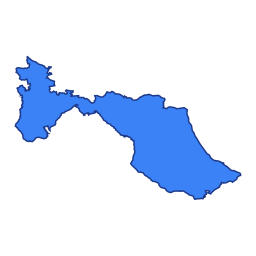 Vanatori, Mures, Romania
{"feature_id": "2599482B98796527155526", "entity_name": "Vanatori", "entity_type": "district", "adm_level": 2, "iso_a3": "ROU", "parent_name": "Romania", "parent_adm1": "Mures", "projection": "natural_earth1", "projection_center": [25.005, 46.213], "detail": "fine", "context": "isolated", "style": "filled", "palette": "blue", "viewbox_px": 256, "rotation_deg": 0, "n_neighbors": 0, "source": "geoboundaries", "source_scale": "gbopen_adm2", "svg_char_len": 5687}
<svg xmlns="http://www.w3.org/2000/svg" viewBox="0 0 256 256"><path d="M240.6,175.4L240.4,173.6L239.5,173.0L235.0,171.2L234.3,170.6L232.2,170.6L231.0,170.2L226.8,166.4L223.9,164.8L223.5,162.9L222.9,163.0L222.6,163.4L222.2,162.8L221.2,162.6L221.0,162.1L218.6,161.1L214.4,160.5L212.8,159.6L210.4,157.5L209.7,155.7L208.7,154.5L207.9,154.3L206.8,153.4L200.2,144.3L196.4,137.9L195.1,136.1L193.9,132.9L192.4,130.9L191.8,128.0L191.6,125.9L190.8,124.5L189.0,122.4L188.6,120.5L188.7,118.5L187.0,114.4L186.9,112.9L187.3,109.8L185.4,108.6L185.0,108.1L183.9,107.7L177.3,108.8L173.8,107.5L170.1,106.9L168.3,107.2L166.9,108.6L163.2,107.9L163.0,107.6L163.7,107.3L163.8,106.1L163.4,104.9L163.7,103.6L163.2,102.7L163.2,102.1L164.0,101.6L165.0,99.5L164.2,98.3L163.5,98.4L161.2,97.5L160.5,96.6L158.5,95.4L152.5,95.8L149.5,94.5L148.4,94.4L147.4,94.9L144.7,95.0L142.8,95.8L142.1,96.5L140.1,97.2L137.5,99.5L135.5,100.1L133.0,100.2L132.5,99.9L131.8,98.6L131.4,98.3L129.3,97.8L126.8,98.1L126.4,96.9L125.0,96.9L124.6,96.1L124.3,96.6L123.5,96.7L123.5,97.1L122.9,96.3L120.1,94.5L118.6,94.0L115.4,93.9L114.0,92.5L112.5,91.6L111.8,91.5L111.4,92.1L109.6,92.7L107.0,91.9L105.0,95.2L102.7,97.0L101.1,97.1L97.0,95.6L94.8,95.7L95.6,97.7L95.7,99.4L95.4,100.0L94.4,100.6L94.6,101.6L94.3,102.3L91.9,103.2L89.9,101.5L89.0,100.2L86.6,98.5L85.1,99.1L83.8,97.6L78.4,97.4L78.6,95.7L71.0,96.2L71.2,95.4L71.5,95.6L72.2,94.8L70.3,93.4L70.8,92.9L72.5,92.7L73.0,92.0L73.1,90.9L70.2,90.9L66.4,90.0L65.6,90.8L66.8,91.9L67.3,93.4L67.0,93.8L65.7,94.1L64.9,93.8L64.7,93.2L64.3,93.0L62.2,93.1L59.4,92.7L58.7,94.0L59.1,94.5L58.2,95.3L57.8,94.7L56.8,94.4L56.7,92.9L56.3,91.8L55.3,92.1L53.6,91.2L52.6,92.1L50.5,92.5L49.3,90.2L49.3,89.7L50.1,89.1L49.3,86.6L54.7,85.7L54.5,84.7L54.1,84.7L54.4,81.3L50.5,80.0L49.1,79.2L48.2,78.0L46.5,77.9L47.5,76.0L48.5,75.1L51.6,74.2L51.3,73.2L49.7,72.7L49.1,73.8L47.1,73.3L48.7,69.5L50.1,67.9L50.9,67.6L51.1,67.0L48.9,66.8L47.5,68.8L45.6,67.9L44.2,66.2L44.1,66.4L42.4,65.2L38.4,64.1L36.3,62.2L32.8,61.0L31.1,59.9L27.4,56.7L27.1,57.0L27.5,57.9L27.6,58.9L26.8,59.9L27.9,63.8L29.2,63.6L29.7,64.4L29.3,65.3L29.1,67.1L26.6,68.4L25.3,68.1L23.2,68.5L17.7,67.7L16.6,68.3L16.1,69.0L16.8,70.9L16.1,72.2L18.2,73.6L18.4,74.3L19.9,76.0L20.1,77.2L19.5,78.6L21.4,80.0L22.1,79.8L24.7,80.0L26.9,79.0L28.1,84.1L30.2,83.6L30.5,85.5L29.0,86.6L28.4,87.6L28.7,88.8L30.0,88.3L30.0,89.2L28.6,90.5L27.9,90.5L27.1,90.0L25.8,91.1L24.9,90.6L25.6,89.4L25.4,88.8L24.9,88.0L23.1,86.9L22.3,85.4L20.2,85.8L19.1,87.6L17.8,87.8L17.1,88.2L17.7,89.3L18.1,91.5L20.6,94.7L20.5,95.4L20.9,95.1L22.3,95.4L22.3,96.6L21.7,97.3L22.5,97.7L22.1,98.1L22.2,98.5L21.9,100.1L22.2,100.8L22.7,100.7L23.0,101.2L22.5,102.3L22.8,103.1L22.2,104.1L22.5,104.2L21.7,105.4L21.8,106.2L22.4,106.5L22.0,107.0L22.3,107.1L22.3,107.7L20.8,108.6L19.8,109.8L20.4,111.1L20.2,111.5L20.5,115.1L20.0,116.4L20.4,117.1L19.9,117.8L19.8,118.7L18.8,120.0L17.9,122.1L17.1,122.6L16.8,123.3L16.1,123.7L15.6,124.8L15.6,125.9L15.4,126.2L16.2,126.7L16.7,127.6L17.6,127.9L18.4,129.6L21.3,132.1L21.7,133.2L22.6,134.3L23.4,138.8L24.6,139.2L25.6,140.2L27.1,141.2L29.1,141.5L29.9,141.0L32.1,141.7L34.4,139.9L35.9,137.8L38.0,137.3L39.5,137.4L43.8,138.7L46.2,138.0L47.1,136.8L47.0,136.2L47.6,136.2L47.7,135.2L47.3,134.1L47.7,133.8L47.4,133.5L48.2,133.4L47.6,133.1L47.1,132.2L46.5,131.7L46.6,131.4L46.0,131.2L45.9,130.4L45.3,130.1L45.4,129.8L44.7,129.5L44.7,128.7L44.2,128.5L44.1,127.3L43.7,127.3L43.8,127.0L46.6,126.4L47.9,125.8L48.2,127.4L49.2,129.9L50.0,130.6L49.7,128.5L51.4,126.4L52.6,126.1L55.2,124.8L55.7,123.5L55.5,123.0L55.8,120.8L56.9,120.0L58.1,118.6L59.5,117.6L60.4,115.8L61.2,115.2L61.2,113.5L64.4,112.6L64.3,112.3L65.3,111.6L70.4,109.4L74.4,105.6L76.9,104.4L77.6,104.9L76.2,105.5L75.2,105.5L75.0,106.1L76.8,107.2L77.9,107.3L78.6,108.5L79.1,108.7L79.5,110.8L81.8,112.8L82.9,113.4L83.5,114.2L83.6,115.0L83.9,115.4L84.7,115.2L84.7,114.4L85.2,113.7L87.2,113.2L87.9,112.8L88.5,112.9L88.2,114.1L88.7,115.0L90.3,113.8L92.7,113.5L93.1,113.0L94.4,113.2L95.6,112.4L94.5,111.3L95.9,110.8L96.1,111.5L96.8,111.4L97.5,112.0L98.0,113.3L98.8,113.4L100.2,114.5L100.1,115.2L102.0,117.1L102.3,118.0L103.3,119.1L103.5,120.0L106.8,121.9L106.8,122.8L107.3,123.3L110.1,124.2L110.7,124.7L111.0,125.5L113.9,127.0L113.7,127.5L114.0,127.9L115.5,128.7L115.6,130.0L116.9,130.7L117.8,131.9L119.5,133.2L120.3,134.2L120.4,134.7L121.4,135.3L123.3,135.4L124.0,136.5L124.2,135.7L124.6,135.7L124.3,136.0L124.4,136.3L125.7,136.6L127.1,135.9L127.3,136.3L128.5,136.6L128.5,137.0L129.5,137.1L130.6,137.9L131.5,138.8L131.1,139.4L131.4,139.6L132.0,139.3L132.7,140.6L133.7,140.6L134.1,143.0L133.8,144.5L134.6,147.1L134.1,148.8L134.9,151.2L134.9,151.9L134.3,153.8L133.2,156.4L132.8,160.3L132.2,160.9L130.7,163.6L131.6,164.9L136.7,169.8L138.3,172.0L141.8,172.4L143.2,172.9L145.1,175.5L147.0,176.3L148.2,177.5L150.1,178.5L151.2,180.2L152.8,181.3L154.7,181.5L158.2,183.0L158.7,183.5L159.3,185.7L161.2,187.5L164.8,188.4L165.7,189.2L166.0,190.0L167.2,191.2L168.0,191.7L170.1,192.5L171.5,192.3L174.1,191.1L178.4,191.0L179.4,191.2L183.6,191.0L185.9,192.7L188.0,193.8L188.8,194.7L193.0,196.0L193.5,196.5L193.8,197.9L194.9,199.3L197.6,198.7L200.0,198.7L201.1,198.4L203.0,198.7L203.6,197.0L204.6,197.2L205.1,196.8L205.2,196.3L204.9,196.0L204.2,195.7L204.5,194.9L206.2,194.4L206.8,193.1L206.9,192.8L206.3,192.6L205.6,191.8L205.5,190.9L207.2,190.7L209.5,191.1L209.0,192.3L208.3,193.0L210.8,193.8L211.7,192.4L214.8,189.7L219.3,187.2L219.5,186.9L219.3,186.6L220.0,185.7L220.0,185.4L220.6,184.3L220.9,184.3L220.9,183.9L221.4,183.7L221.3,183.2L221.6,183.1L221.8,182.4L223.6,183.1L226.6,182.6L228.7,181.4L230.2,181.1L231.8,181.5L232.4,182.2L236.6,179.3L237.5,177.0L239.6,175.6L240.6,175.4Z" fill="#3b82f6" stroke="#1e3a8a" stroke-width="1.5"/></svg>